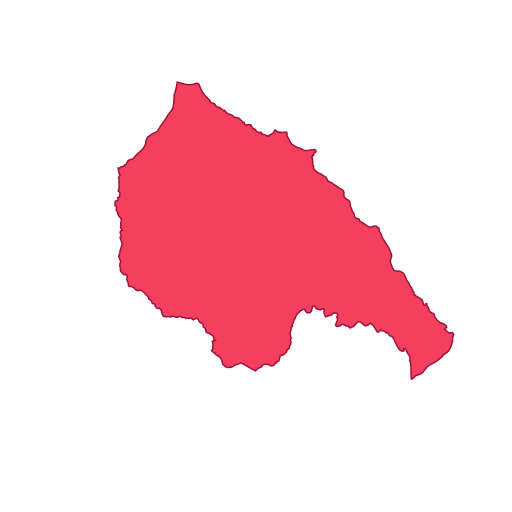 outline of Sáchica, Boyacá, Colombia, rotated 147°
{"feature_id": "7082276B53225686763348", "entity_name": "Sáchica", "entity_type": "district", "adm_level": 2, "iso_a3": "COL", "parent_name": "Colombia", "parent_adm1": "Boyacá", "projection": "natural_earth1", "projection_center": [-73.547, 5.577], "detail": "fine", "context": "isolated", "style": "filled", "palette": "rose", "viewbox_px": 512, "rotation_deg": 147, "n_neighbors": 0, "source": "geoboundaries", "source_scale": "gbopen_adm2", "svg_char_len": 6127}
<svg xmlns="http://www.w3.org/2000/svg" viewBox="0 0 512 512"><g transform="rotate(147 256 256)"><path d="M326.6,174.3L319.0,159.8L316.1,160.6L311.8,160.0L310.1,160.9L307.1,160.6L306.4,159.4L305.0,158.5L304.2,157.6L303.7,156.0L302.9,155.4L300.7,154.6L299.5,155.3L297.5,155.1L296.3,156.2L295.5,155.5L293.6,155.8L290.8,158.4L290.5,159.1L289.5,158.9L288.6,159.2L288.0,158.5L286.8,158.1L285.6,158.5L284.9,158.3L284.2,158.7L282.6,158.9L280.8,160.5L278.9,160.2L276.6,162.3L274.6,163.4L273.3,165.2L273.0,166.7L271.3,167.8L269.9,172.3L267.2,174.6L265.5,176.8L263.8,177.1L262.8,179.0L262.4,178.9L260.1,180.5L259.7,181.2L257.3,182.3L254.0,184.6L248.9,185.8L245.5,185.5L244.3,184.9L244.5,182.0L244.0,180.5L242.4,179.4L241.3,179.1L239.6,179.6L236.2,182.8L234.9,183.0L234.2,181.8L234.3,179.8L234.1,179.0L232.1,176.4L230.7,175.5L228.3,175.3L227.8,174.7L227.9,174.2L229.5,171.8L230.6,169.3L230.7,167.8L230.4,166.9L226.8,166.1L225.0,165.4L223.4,166.0L221.6,165.8L219.9,164.3L219.2,162.8L219.6,161.9L221.6,160.8L221.8,159.0L223.1,157.4L226.2,155.4L227.0,154.1L226.7,153.3L225.5,152.3L223.9,151.7L221.0,151.8L220.1,151.3L218.6,148.4L217.0,147.2L216.3,144.3L212.1,143.8L207.4,145.2L206.3,145.2L205.2,144.7L204.2,143.2L202.8,138.5L202.4,137.9L199.1,137.0L197.1,137.4L196.7,137.1L195.4,133.5L195.7,127.1L195.4,126.0L194.8,125.5L193.8,125.4L191.7,126.3L191.3,126.2L190.8,124.3L189.2,123.1L188.7,120.7L187.3,119.1L187.3,116.4L185.6,114.0L185.6,111.6L186.7,103.2L186.7,99.2L185.6,96.9L184.6,96.2L183.4,95.9L183.2,96.3L183.2,97.3L182.7,97.8L182.0,97.5L181.2,96.6L181.1,95.9L181.8,92.8L181.7,89.1L182.1,86.6L184.1,84.6L184.2,83.5L186.1,79.1L191.2,71.1L192.7,68.1L190.9,67.8L187.3,68.6L181.4,67.3L179.9,67.5L173.8,69.5L171.0,70.1L161.6,69.4L156.0,70.0L152.1,71.0L148.5,71.1L145.6,71.7L141.5,74.1L137.5,77.5L135.9,80.1L132.9,82.5L133.1,85.0L134.7,85.5L135.9,86.3L137.0,88.6L137.0,89.9L137.9,91.5L137.6,92.1L135.1,92.2L134.4,93.8L135.8,97.4L137.8,99.8L139.1,103.2L139.1,108.0L138.4,109.7L138.4,110.8L140.2,113.8L140.5,115.8L139.5,119.0L139.7,121.6L138.9,122.6L138.8,123.1L139.5,123.5L140.2,122.5L140.7,122.3L141.3,122.7L141.8,123.9L141.3,126.4L140.7,127.6L140.6,129.3L142.7,133.6L143.6,134.7L143.5,136.2L144.6,137.6L143.3,139.3L143.7,141.2L143.2,141.9L143.3,143.4L142.8,144.6L143.1,146.7L142.6,149.8L142.9,154.1L142.3,155.1L142.3,156.6L141.6,159.7L142.2,162.4L143.7,164.9L144.9,165.9L146.2,166.4L147.8,168.4L148.2,169.4L147.6,174.0L146.7,177.4L145.9,179.0L142.3,182.0L141.4,184.0L140.2,190.7L140.1,202.2L139.2,206.4L139.0,209.6L137.8,212.5L138.2,212.6L138.7,215.2L139.3,215.9L141.5,217.1L143.9,217.5L145.6,219.1L146.9,221.6L148.1,225.2L150.0,228.5L149.5,230.5L149.9,231.4L151.8,233.5L152.0,235.3L151.1,237.0L150.7,238.9L150.8,241.2L150.1,243.6L149.8,246.2L148.1,249.6L147.7,250.9L148.2,252.6L149.4,255.0L150.0,257.4L148.9,259.6L147.4,261.9L147.2,263.8L150.0,269.5L152.9,276.6L154.6,279.3L154.9,280.3L154.4,282.8L154.5,284.5L155.8,286.6L156.9,289.5L158.5,291.6L158.9,293.2L159.9,295.4L159.8,296.4L160.1,298.0L159.2,299.2L158.6,300.6L158.5,302.4L157.5,303.5L155.7,306.7L155.7,308.0L154.6,308.5L154.1,309.5L153.6,309.8L152.9,309.1L152.4,309.4L152.2,310.1L151.4,310.6L148.9,310.7L148.2,312.2L149.1,313.0L149.1,313.7L151.2,314.3L152.1,315.0L154.6,316.0L157.1,317.5L158.3,318.6L160.5,322.6L162.3,324.5L163.3,326.2L165.0,330.2L165.2,331.8L164.5,340.0L163.4,341.6L162.8,343.1L163.3,343.2L164.0,344.0L166.8,345.4L168.3,346.8L168.8,346.6L170.4,348.7L171.2,351.2L171.7,351.3L174.9,349.6L178.6,350.1L180.1,349.7L181.1,350.8L181.8,351.0L181.8,351.7L183.8,354.3L184.5,354.7L184.3,356.9L185.6,357.6L187.4,359.4L187.7,360.5L187.7,362.6L189.1,364.6L189.0,369.0L191.5,370.8L193.1,371.1L193.6,371.5L193.6,373.1L193.1,374.3L193.3,374.8L194.2,375.2L195.0,380.2L196.6,382.5L198.7,384.1L199.1,386.4L199.4,387.1L202.0,390.5L202.9,392.8L202.9,395.2L204.0,395.5L205.7,400.4L207.3,402.0L208.0,403.7L207.9,405.8L208.1,406.8L209.5,407.7L210.3,409.7L210.0,411.6L211.5,418.8L211.6,422.4L211.3,426.4L210.4,430.8L210.5,432.1L212.4,433.6L215.3,434.2L217.9,435.5L220.9,437.6L227.3,444.7L232.1,439.7L236.8,435.8L241.3,429.5L244.8,425.7L248.1,423.9L253.8,421.9L257.4,420.0L265.6,416.8L270.3,414.4L272.1,414.3L276.6,414.9L281.3,414.8L282.8,414.4L285.8,412.4L287.6,410.0L292.3,407.4L300.3,406.1L306.2,404.6L306.9,404.5L308.5,405.3L309.8,405.4L311.0,405.8L314.4,404.0L315.3,403.7L316.7,403.9L317.8,403.4L321.3,404.3L322.4,403.9L323.6,404.9L325.1,402.1L325.3,400.7L326.0,399.2L325.8,398.0L328.6,396.7L329.3,394.3L331.3,391.6L333.3,387.9L336.1,385.7L335.7,383.8L335.9,382.8L337.1,381.4L337.7,380.2L338.9,379.9L339.7,380.3L340.2,380.3L341.2,378.1L342.1,377.6L343.6,378.5L344.3,378.6L345.3,377.0L346.6,375.7L346.6,374.7L346.1,373.2L348.2,370.7L348.3,368.6L349.1,365.6L349.3,363.7L348.7,361.4L349.6,359.0L351.6,357.3L352.1,356.1L353.9,353.9L354.1,353.2L354.2,350.4L354.7,350.3L355.7,350.7L356.7,350.3L357.4,349.1L357.6,347.5L358.6,345.8L358.9,345.6L359.6,345.9L360.0,345.5L361.3,339.8L362.0,338.6L366.6,334.9L369.2,332.2L371.2,330.7L372.6,324.8L374.1,323.8L375.9,321.4L376.2,319.7L377.7,317.7L377.7,316.2L377.2,312.9L376.8,312.2L375.1,311.0L374.6,309.8L377.2,306.5L377.9,302.8L379.0,300.9L379.1,299.9L378.8,299.4L377.5,298.7L375.6,295.9L375.6,294.3L374.4,291.6L371.7,290.4L370.2,288.4L368.6,279.7L369.3,279.0L369.4,278.3L368.2,275.4L368.8,272.8L368.4,272.1L366.8,270.7L367.7,269.3L367.8,267.2L367.2,265.6L365.4,264.6L365.2,264.0L365.1,261.9L366.2,258.9L366.5,255.9L365.9,255.1L364.9,254.8L364.3,253.7L362.2,252.8L360.7,251.2L360.3,251.1L359.4,251.4L358.6,251.0L356.3,248.0L354.0,247.0L352.6,246.8L351.4,244.6L349.3,243.4L348.7,241.8L347.3,241.2L346.3,240.2L344.2,239.4L343.8,237.4L343.3,236.5L339.9,236.3L339.4,235.8L339.1,233.5L339.3,232.0L339.2,230.9L338.9,230.1L337.7,228.7L337.6,227.6L338.8,225.3L338.0,222.5L339.3,219.3L338.7,218.0L337.5,216.8L335.5,212.1L335.9,210.7L336.6,209.6L336.1,207.5L337.3,208.1L339.2,208.2L339.7,206.5L341.6,203.4L343.6,201.0L344.8,200.9L344.3,198.4L343.4,196.9L343.5,195.4L342.2,192.9L341.3,190.1L341.3,186.9L342.3,185.3L342.8,183.7L342.6,181.9L341.8,179.6L340.4,177.8L337.1,176.0L332.3,175.8L326.6,174.3Z" fill="#f43f5e" stroke="#9f1239" stroke-width="1.5"/></g></svg>